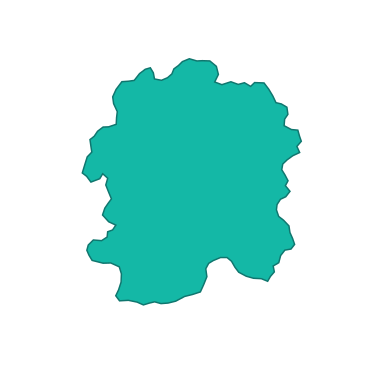 the district of Coronel Pacheco, Minas Gerais, Brazil, rotated 118°
{"feature_id": "56859067B41803653618931", "entity_name": "Coronel Pacheco", "entity_type": "district", "adm_level": 2, "iso_a3": "BRA", "parent_name": "Brazil", "parent_adm1": "Minas Gerais", "projection": "mercator", "projection_center": [-43.291, -21.602], "detail": "fine", "context": "isolated", "style": "filled", "palette": "teal", "viewbox_px": 384, "rotation_deg": 118, "n_neighbors": 0, "source": "geoboundaries", "source_scale": "gbopen_adm2", "svg_char_len": 1794}
<svg xmlns="http://www.w3.org/2000/svg" viewBox="0 0 384 384"><g transform="rotate(118 192 192)"><path d="M299.3,248.1L296.6,237.1L292.8,230.4L292.2,221.1L297.4,215.9L304.9,212.3L312.8,210.9L319.4,210.6L322.1,204.9L317.5,197.3L315.0,188.8L314.5,181.9L310.1,177.5L306.5,173.4L305.1,167.0L301.3,161.0L296.0,155.1L287.7,149.5L282.3,143.5L276.3,137.7L268.4,138.2L259.8,139.1L253.3,143.8L247.2,143.8L242.5,141.0L236.5,136.1L233.4,130.3L234.6,124.6L238.3,118.7L240.9,113.1L240.9,104.6L239.3,97.2L236.0,90.1L235.3,83.3L229.7,83.1L223.9,81.8L219.2,85.6L213.7,82.2L206.5,83.9L199.7,82.7L195.9,77.8L190.1,76.8L185.7,81.5L181.8,86.5L176.4,90.5L173.9,98.0L172.9,104.0L168.1,109.1L163.2,111.0L156.9,110.5L152.2,107.0L145.4,105.8L142.6,112.5L137.0,112.5L133.3,117.9L130.2,123.2L124.7,125.0L118.9,123.1L112.6,120.0L106.6,115.5L102.5,120.8L95.9,119.3L92.3,123.2L87.7,127.6L90.2,133.6L90.2,141.8L84.2,144.4L78.4,143.8L72.6,148.0L72.3,154.5L73.7,159.8L69.3,165.7L65.2,172.5L61.9,179.6L66.0,188.1L71.2,189.8L70.9,197.0L75.3,201.7L76.4,209.4L83.2,216.0L84.2,223.6L75.8,223.9L69.6,229.5L67.9,237.8L71.2,244.5L74.0,249.2L75.6,256.9L81.4,261.7L86.8,263.4L91.8,265.8L97.2,265.2L102.6,267.3L107.7,271.4L109.8,278.2L104.9,282.1L101.9,287.1L105.6,290.9L112.1,293.9L120.6,295.4L124.0,300.1L127.5,305.7L137.1,307.2L145.2,306.7L150.8,302.7L156.1,295.7L161.8,293.5L167.8,290.7L173.6,296.2L176.4,301.0L182.7,303.9L188.7,304.5L193.6,306.7L199.1,302.7L203.8,299.2L210.2,301.0L219.7,299.2L226.7,297.8L227.6,292.4L230.7,285.9L223.6,279.7L217.8,279.4L219.4,272.9L226.3,271.4L231.8,264.9L235.9,259.9L241.1,260.7L247.2,261.4L254.3,260.2L257.4,251.6L257.0,243.7L262.8,244.3L266.7,247.8L271.6,245.8L277.4,249.0L280.7,256.6L287.5,258.7L292.8,257.5L296.1,253.4L299.3,248.1Z" fill="#14b8a6" stroke="#0f766e" stroke-width="1.5"/></g></svg>